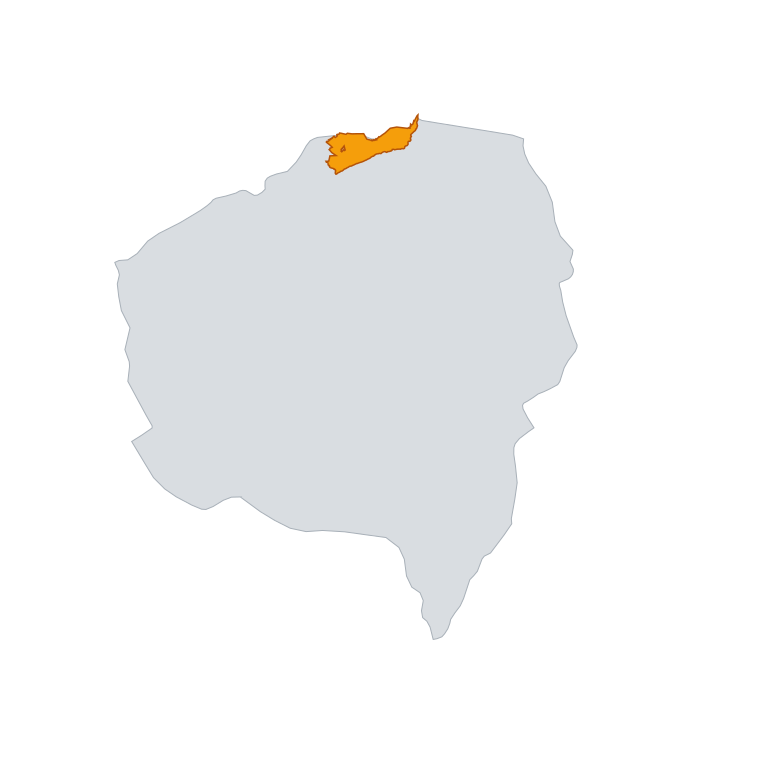 Chipinge, Manicaland, Zimbabwe (highlighted), rotated 239°
{"feature_id": "62879985B99568881619892", "entity_name": "Chipinge", "entity_type": "district", "adm_level": 2, "iso_a3": "ZWE", "parent_name": "Zimbabwe", "parent_adm1": "Manicaland", "projection": "robinson", "projection_center": [32.384, -20.62], "detail": "fine", "context": "in_parent", "style": "filled", "palette": "amber", "viewbox_px": 768, "rotation_deg": 239, "n_neighbors": 0, "source": "geoboundaries", "source_scale": "gbopen_adm2", "svg_char_len": 7614}
<svg xmlns="http://www.w3.org/2000/svg" viewBox="0 0 768 768"><g transform="rotate(239 384 384)"><path d="M522.2,629.9L516.5,625.8L508.7,623.1L498.8,621.8L486.0,622.4L470.2,624.6L453.2,621.9L435.1,614.1L420.0,611.3L402.1,614.7L401.3,614.8L398.1,612.2L393.2,606.5L385.0,605.5L382.8,604.1L380.9,602.0L379.7,599.3L379.2,596.3L380.5,586.9L379.8,585.9L377.6,584.8L373.1,583.7L362.3,579.4L348.7,575.3L326.6,570.8L318.0,569.6L316.0,568.2L313.5,564.8L309.2,554.0L305.2,546.9L295.6,536.0L294.0,532.6L294.4,523.9L295.1,516.9L296.1,510.9L295.6,505.3L295.4,498.4L295.6,493.7L294.3,491.7L290.9,490.3L281.1,489.7L269.2,490.0L268.7,482.9L267.5,472.0L265.3,465.7L262.5,462.5L257.0,459.1L245.9,454.4L230.8,447.3L217.9,436.8L203.0,423.8L198.4,421.5L192.8,409.3L184.3,388.3L184.8,381.3L183.5,377.9L175.4,367.6L173.5,362.2L172.1,356.8L159.1,341.7L154.6,335.1L151.2,326.7L147.9,319.9L145.0,317.2L141.3,312.6L138.7,307.3L137.5,303.4L138.4,298.2L139.7,294.6L151.9,298.3L158.6,298.6L163.8,296.8L170.3,299.3L178.1,306.1L186.5,307.4L195.5,303.2L207.8,304.4L223.4,311.2L236.2,312.6L251.4,306.6L264.9,289.8L277.6,274.1L290.1,255.9L297.6,241.2L308.7,229.3L323.3,220.1L338.2,212.3L361.1,202.7L361.1,202.8L365.6,194.9L367.1,186.3L367.0,174.4L368.2,166.7L370.6,163.2L374.4,160.4L379.3,156.8L394.3,147.8L407.0,142.0L422.4,138.2L439.2,138.1L455.5,138.1L464.7,138.1L464.9,149.5L465.7,162.5L467.5,163.7L479.7,164.0L499.3,164.9L518.2,165.8L530.3,175.1L534.3,177.1L546.9,179.6L562.9,195.2L582.2,196.7L595.4,201.6L607.1,206.9L613.8,213.4L618.2,214.8L624.1,215.3L626.9,215.9L626.3,220.5L622.4,228.3L622.9,239.6L628.2,255.1L629.0,268.7L627.3,292.5L627.3,315.6L627.9,323.9L628.8,329.3L629.9,332.3L629.7,335.8L626.5,345.4L623.9,355.6L623.8,359.7L622.8,362.6L620.9,365.2L612.5,369.9L611.1,372.8L611.1,378.1L612.2,382.5L615.3,384.1L619.1,386.6L620.6,390.0L620.6,393.5L619.4,399.9L616.0,410.7L619.4,423.0L623.1,431.0L628.3,440.2L630.5,445.9L630.3,450.1L629.6,454.0L621.8,470.9L616.2,481.4L609.3,492.7L600.3,499.7L598.0,503.1L597.0,507.0L597.4,515.5L596.9,524.3L589.2,537.8L594.0,549.5L592.9,550.6L590.3,552.3L579.2,565.4L568.0,578.7L559.8,588.4L550.5,599.5L540.0,611.9L531.1,622.4L522.2,629.9Z" fill="#d9dde1" stroke="#a8b0b8" stroke-width="1"/><path d="M584.8,488.3L585.1,489.8L585.1,490.8L585.0,491.7L585.0,491.8L584.8,492.0L584.7,492.4L584.7,492.8L584.9,493.1L584.9,493.4L585.0,493.6L585.1,493.8L585.0,494.2L585.1,495.7L584.9,496.5L584.6,497.0L584.2,498.0L584.2,498.4L584.0,498.8L583.8,499.1L583.7,499.3L583.4,499.6L583.2,499.8L583.1,500.0L583.1,500.4L583.2,500.6L583.2,500.8L583.4,501.9L583.4,502.1L583.1,503.9L583.0,504.0L582.7,504.4L582.5,504.7L582.1,505.0L581.7,505.1L581.3,505.4L581.3,505.5L581.1,506.1L581.3,506.7L581.3,506.9L581.1,507.2L581.0,507.3L580.6,508.2L580.4,509.0L580.3,509.8L580.1,509.9L580.1,510.3L580.1,510.5L580.1,510.9L580.1,511.1L580.5,511.6L580.8,511.8L580.6,512.3L580.5,512.7L580.3,512.9L580.2,513.1L579.8,513.5L579.7,513.5L579.4,513.6L579.0,514.6L578.9,514.9L578.8,515.4L578.5,516.0L578.5,516.3L578.3,516.5L578.2,516.7L577.5,518.0L577.4,518.2L577.0,518.7L576.8,519.0L576.9,519.3L576.8,519.6L576.8,520.0L576.6,520.1L576.4,520.9L575.9,521.4L575.7,521.7L575.5,522.2L575.5,522.6L575.5,522.8L575.8,523.4L576.2,523.5L576.8,524.2L576.9,525.1L576.7,525.7L576.5,526.3L576.6,527.0L576.9,527.7L577.3,528.3L577.9,528.5L578.9,529.1L579.3,529.7L579.3,530.0L579.2,530.5L579.0,530.8L578.7,531.0L578.8,531.7L579.2,532.6L579.4,532.7L579.5,532.8L579.8,532.7L580.1,532.9L580.6,532.9L580.8,533.0L580.9,533.3L581.1,533.5L581.3,533.6L581.5,533.6L581.8,534.0L581.9,534.7L582.1,535.0L582.3,535.1L582.5,535.1L582.8,534.9L583.2,535.0L583.7,535.1L584.0,535.5L584.1,535.9L584.9,539.5L585.0,539.9L585.0,540.7L585.2,541.3L585.2,541.5L585.5,541.9L585.7,542.2L586.1,542.4L586.2,542.6L586.2,542.9L586.1,543.2L586.7,544.1L587.2,544.6L587.5,544.9L587.7,545.3L588.2,545.8L588.7,545.9L589.3,546.0L589.8,546.3L590.7,546.4L591.2,546.8L591.7,547.0L592.3,547.9L592.6,548.5L592.8,548.8L593.2,549.2L593.9,549.6L594.0,549.8L594.4,550.1L594.6,550.2L595.0,550.2L595.2,550.3L595.4,550.4L597.2,551.7L596.9,550.5L595.3,547.8L594.4,546.5L594.3,546.1L593.7,545.5L593.7,545.4L593.9,545.3L593.9,545.2L593.8,544.8L594.0,544.8L593.8,544.6L593.6,544.4L593.4,544.4L593.2,544.1L592.8,543.6L592.7,543.5L592.7,543.3L592.5,543.2L592.4,543.2L592.2,543.0L591.9,542.4L591.9,542.2L592.0,541.9L591.8,541.8L591.8,541.6L591.9,541.4L592.1,541.0L592.2,540.9L592.6,540.7L593.0,540.6L592.7,540.4L592.5,540.2L592.3,540.1L591.9,540.0L591.8,539.7L591.7,539.7L591.6,539.9L591.4,539.9L591.1,539.7L591.3,539.4L591.5,539.4L590.9,538.5L590.8,538.4L590.6,538.5L590.2,538.2L589.9,538.2L589.9,537.9L590.3,537.6L590.5,537.2L590.7,536.9L591.1,536.8L591.0,536.5L590.9,536.2L590.9,535.9L591.3,535.5L596.4,528.9L597.2,527.9L597.7,527.2L600.0,521.1L599.3,517.5L598.6,514.3L598.3,509.8L598.2,509.7L598.1,507.3L598.6,506.9L598.3,506.3L598.2,506.2L598.1,505.6L598.0,505.4L598.0,505.1L597.9,504.8L598.0,504.4L597.5,503.9L598.0,503.9L598.0,503.7L598.1,503.4L597.8,503.3L597.7,503.2L597.8,502.9L597.5,502.8L597.5,502.7L597.8,502.7L597.6,502.5L597.8,502.4L597.8,502.2L597.8,501.9L598.1,502.1L598.1,501.6L597.9,501.5L598.0,501.5L598.1,501.4L598.2,501.0L598.3,500.9L598.4,501.0L598.5,501.0L598.6,500.9L598.6,500.7L598.3,500.7L598.3,500.4L598.5,500.3L598.8,500.3L598.7,500.1L598.5,499.8L598.3,499.8L598.3,499.6L598.6,499.3L598.8,499.4L599.0,499.3L598.8,499.2L598.9,498.8L599.0,498.7L599.1,498.8L599.4,498.5L599.8,498.3L602.7,495.4L609.0,495.5L612.1,490.3L614.2,486.6L614.9,485.4L617.8,481.7L617.6,480.0L621.2,476.2L622.0,475.2L621.6,474.9L621.4,473.9L621.8,473.2L622.1,472.1L621.3,471.6L621.0,471.8L620.4,471.1L620.5,470.0L620.4,469.2L621.2,468.9L622.1,468.8L622.1,468.1L621.8,467.0L621.3,466.2L621.8,465.6L621.3,464.9L621.7,464.5L621.6,463.8L621.8,463.1L621.8,462.7L621.1,463.2L620.7,461.0L620.8,460.9L620.9,460.7L621.2,460.6L621.4,460.3L621.4,459.9L621.3,459.4L621.1,459.2L620.9,459.3L620.7,459.2L617.0,460.6L614.2,461.4L613.5,461.5L613.9,459.4L613.7,459.4L613.6,459.2L613.6,458.9L613.5,458.7L613.3,458.5L613.3,458.3L613.0,458.1L613.1,457.9L613.1,457.7L611.2,458.1L609.3,458.4L604.5,460.6L607.4,455.1L605.0,452.9L604.6,452.5L603.5,451.4L603.8,450.7L604.8,449.0L604.6,449.0L604.0,448.8L603.8,448.8L603.6,449.0L603.3,449.4L603.0,449.7L602.4,449.8L602.2,449.7L601.7,449.6L601.2,449.3L600.6,449.0L600.4,449.0L599.7,449.5L599.3,449.6L599.2,449.6L599.0,449.4L598.7,449.4L598.6,449.2L597.9,449.3L597.6,449.2L596.5,449.9L595.8,450.6L595.0,451.4L594.8,451.6L594.2,451.9L593.9,451.8L593.8,452.0L593.6,451.9L593.5,452.0L593.5,452.3L593.2,452.3L593.0,452.5L592.8,452.6L592.5,452.6L592.4,452.4L592.2,452.4L592.1,452.5L591.7,452.4L591.3,452.1L591.2,451.8L591.0,451.7L590.6,451.5L590.3,451.1L589.8,450.8L589.5,450.8L589.1,451.0L588.8,450.8L588.5,451.2L588.4,451.4L588.4,451.5L588.4,451.9L588.6,452.5L588.7,452.9L588.6,453.9L588.5,454.6L588.4,455.1L588.4,455.4L588.6,456.0L588.6,456.5L588.2,457.6L588.2,458.2L588.3,459.2L588.5,460.0L588.6,460.4L588.7,460.8L588.6,461.0L588.4,461.6L588.3,462.1L588.3,462.8L588.4,463.2L588.4,463.4L588.2,464.7L588.3,466.6L588.2,467.0L587.7,468.1L587.5,468.8L587.6,469.2L587.5,470.1L587.3,470.9L587.2,472.9L587.1,473.1L587.1,473.6L587.1,474.1L586.7,474.7L586.6,475.9L586.3,477.1L586.2,477.7L586.1,478.0L586.0,478.4L586.0,478.7L585.8,479.0L585.6,480.2L585.5,480.8L585.4,481.8L585.4,482.4L585.3,483.0L585.3,483.4L585.1,484.0L585.1,485.1L585.1,485.9L584.9,487.0L584.8,488.3ZM605.6,471.5L604.6,471.3L604.4,470.5L605.4,470.0L604.8,467.4L605.7,467.1L606.3,467.9L607.2,468.1L607.7,469.9L607.0,469.9L607.1,470.1L608.0,470.8L608.2,471.4L608.6,472.4L605.6,471.5Z" fill="#f59e0b" stroke="#b45309" stroke-width="1.5"/></g></svg>